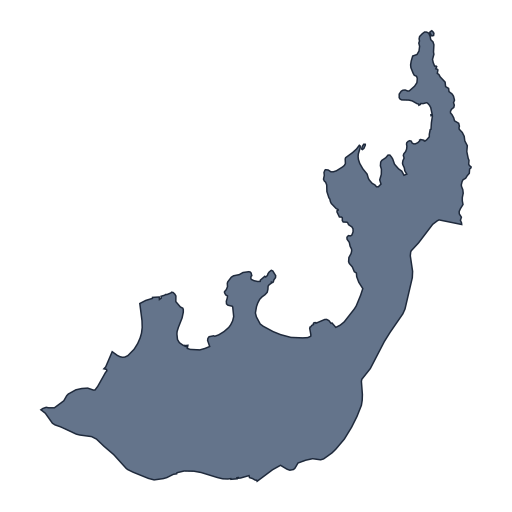 Woollahra, Australia
{"feature_id": "25037944B50824863548632", "entity_name": "Woollahra", "entity_type": "district", "adm_level": 2, "iso_a3": "AUS", "parent_name": "Australia", "parent_adm1": "", "projection": "natural_earth1", "projection_center": [151.265, -33.862], "detail": "fine", "context": "isolated", "style": "filled", "palette": "slate", "viewbox_px": 512, "rotation_deg": 0, "n_neighbors": 0, "source": "geoboundaries", "source_scale": "gbopen_adm2", "svg_char_len": 6049}
<svg xmlns="http://www.w3.org/2000/svg" viewBox="0 0 512 512"><path d="M176.7,473.8L177.0,472.7L184.1,471.0L193.9,471.2L201.1,472.5L217.3,477.5L222.7,478.8L227.8,479.0L230.8,478.6L230.9,479.3L237.1,478.8L236.9,477.7L238.3,477.5L238.4,478.2L240.6,478.0L249.0,475.6L249.5,477.6L252.4,478.5L255.2,480.1L256.7,480.2L257.1,481.3L272.6,469.7L280.5,465.3L287.0,469.2L289.8,470.2L293.5,469.5L294.9,468.3L298.0,463.0L305.7,460.2L312.6,458.7L320.6,459.8L323.6,458.9L332.0,452.9L335.7,449.3L344.4,439.0L351.6,427.2L357.0,416.4L361.4,405.3L362.2,400.3L362.4,394.6L361.4,381.4L361.8,379.3L370.3,368.6L384.3,341.6L390.1,332.3L402.8,313.9L405.0,309.0L412.3,277.7L412.6,271.4L410.3,255.8L410.7,251.9L411.3,250.7L418.6,242.8L432.7,224.3L437.3,220.8L439.0,219.9L461.7,224.5L461.5,222.8L460.4,220.3L461.4,217.2L459.3,213.9L459.2,212.6L459.2,211.4L460.4,208.7L463.0,204.5L462.3,200.8L462.3,197.6L463.2,193.2L462.8,189.7L461.5,186.4L461.3,184.9L462.1,181.5L463.1,179.7L465.6,178.3L467.3,175.6L469.3,173.3L469.6,169.1L471.0,167.8L471.1,166.9L469.5,165.6L468.7,164.3L469.0,160.3L468.2,158.4L466.8,151.6L467.3,145.7L464.8,140.9L464.2,136.3L462.3,132.5L459.2,129.2L459.0,127.7L459.4,126.2L458.7,123.3L454.5,120.8L453.7,117.8L451.9,114.5L450.5,113.0L450.5,111.2L451.5,109.3L453.8,107.4L454.3,105.1L453.5,102.7L454.5,100.2L453.5,96.2L452.2,94.1L449.0,91.6L448.6,88.4L445.6,86.6L445.1,82.1L440.2,76.9L438.9,74.5L437.3,73.4L437.9,69.9L437.4,69.3L435.8,68.8L436.7,66.6L436.1,66.1L434.6,66.1L433.2,62.6L432.5,59.4L433.9,54.3L433.5,52.0L433.9,44.8L433.0,41.9L430.7,39.6L430.2,36.6L428.7,33.1L426.6,32.1L424.6,32.0L422.3,33.7L419.6,36.5L419.1,38.9L419.5,41.0L418.8,43.1L419.6,46.3L419.0,51.0L417.0,54.5L412.7,56.0L411.2,61.1L410.6,64.9L410.9,67.7L413.2,73.4L414.3,75.3L416.4,76.2L416.9,77.2L417.3,78.6L416.9,82.7L414.6,86.2L409.3,90.9L407.9,91.1L405.2,90.0L402.9,90.2L401.2,91.2L399.2,94.1L399.2,97.7L400.1,99.1L401.7,99.9L408.9,100.1L412.2,100.9L417.1,103.7L418.8,104.1L418.9,105.2L420.4,104.5L420.8,103.5L423.2,103.6L426.4,102.7L427.5,103.1L429.4,105.2L430.7,107.5L432.2,114.4L430.9,114.7L431.0,115.7L432.3,115.4L432.4,116.2L431.4,122.8L431.0,129.2L430.2,129.6L429.3,134.3L429.3,136.8L426.7,139.8L425.1,141.0L424.3,141.1L423.9,140.2L420.5,139.5L419.6,140.1L419.8,140.8L417.8,142.7L415.2,143.9L413.5,143.8L412.0,142.9L411.3,141.2L409.7,140.7L408.2,141.3L406.8,142.7L406.5,144.1L406.9,146.2L406.6,149.1L405.6,151.6L403.9,153.7L403.3,155.4L404.1,158.1L402.9,160.7L402.5,163.2L402.8,164.6L404.3,167.8L404.8,170.8L406.8,174.1L404.0,175.3L401.8,171.2L398.5,168.8L394.5,164.2L392.7,159.0L391.6,157.2L389.9,155.1L388.0,155.1L385.8,157.7L381.8,160.4L380.7,162.1L380.4,165.8L381.4,169.2L381.3,174.4L379.7,179.9L381.0,184.1L378.3,186.8L376.5,186.8L375.0,185.0L372.1,183.3L369.2,179.9L368.3,178.2L367.1,174.1L362.8,168.8L359.7,163.4L358.4,159.4L358.1,156.6L358.3,154.0L360.2,147.6L360.2,146.0L359.3,145.3L356.6,148.9L352.7,152.5L345.6,157.7L345.2,159.0L345.4,163.6L344.3,165.5L342.5,167.0L336.4,170.8L333.3,171.8L330.9,171.8L328.2,170.0L325.5,169.7L324.9,170.2L324.0,172.5L324.3,175.4L323.5,179.2L324.3,181.0L325.6,182.2L326.7,184.9L326.9,191.6L328.9,197.8L329.8,199.0L330.4,201.6L331.3,203.5L336.2,208.6L338.1,209.5L338.2,210.1L337.0,210.8L337.0,212.0L339.4,217.0L341.6,217.1L342.3,217.8L342.3,220.6L343.2,222.0L347.0,222.2L347.7,222.8L348.6,224.7L351.9,226.9L353.0,228.8L353.1,231.7L351.9,235.0L350.6,235.9L348.5,235.6L347.3,236.7L346.9,237.7L347.1,239.3L349.3,242.4L350.1,246.2L351.5,249.0L351.7,250.8L351.1,253.5L348.9,257.5L348.6,261.7L349.3,263.5L352.3,266.9L354.3,271.7L356.4,273.0L356.7,276.7L358.8,282.3L362.8,288.6L360.6,295.3L356.2,306.0L354.3,309.0L344.2,321.9L340.3,325.1L335.8,327.4L332.0,323.0L331.1,323.4L328.9,320.6L326.6,319.4L324.7,319.5L316.0,323.2L315.7,322.6L314.1,322.7L313.4,323.4L313.5,324.5L311.8,325.4L310.6,327.0L310.1,327.0L309.7,328.3L310.9,335.0L310.7,336.3L307.8,337.6L302.7,337.9L290.9,337.4L280.5,334.6L273.1,331.6L263.1,326.2L260.2,324.0L256.4,316.9L255.4,313.0L256.5,306.6L257.8,302.9L259.7,299.3L262.1,296.8L265.0,294.7L267.2,292.3L267.9,289.4L268.1,286.1L269.1,284.8L271.3,283.2L271.4,282.1L272.6,282.6L273.3,281.9L273.9,279.8L275.5,277.7L275.7,275.7L272.8,271.0L271.3,270.3L269.1,272.1L268.0,273.7L267.4,275.5L265.7,277.0L264.8,276.3L260.4,280.1L260.2,281.4L257.7,281.5L254.0,280.7L251.3,279.4L250.9,278.6L250.9,277.0L251.1,276.2L251.8,275.7L251.1,273.0L250.2,272.0L248.8,271.7L243.0,272.5L239.3,274.6L233.5,275.8L231.3,277.2L227.8,281.8L227.3,283.3L227.5,286.7L226.3,289.6L224.5,291.7L224.5,292.6L225.7,294.9L227.5,295.9L227.3,297.9L226.3,301.3L226.5,303.9L227.9,305.2L232.2,306.2L232.7,306.9L233.7,316.6L232.6,321.0L230.7,324.8L228.8,327.4L224.0,331.6L218.8,334.8L214.8,336.3L213.7,335.8L209.1,336.7L207.9,338.4L207.6,340.4L209.7,346.5L204.8,348.5L199.8,349.9L190.1,349.4L187.3,348.4L187.9,345.3L186.8,345.4L186.5,346.7L186.1,346.5L186.3,345.8L185.0,345.4L184.9,346.1L182.5,344.9L179.4,342.7L177.5,339.6L176.9,334.0L177.1,331.5L178.4,327.3L182.1,317.9L183.3,312.2L183.3,309.5L182.8,308.2L180.3,306.9L175.8,301.6L175.9,296.0L174.8,294.1L173.1,292.5L171.6,292.2L171.0,292.9L166.8,294.6L165.9,294.4L164.4,295.3L161.0,296.3L161.3,298.1L159.4,299.5L159.2,297.0L152.5,297.4L152.4,298.4L145.8,300.4L139.8,303.5L142.0,320.7L142.2,327.6L141.5,333.2L140.1,338.0L137.7,343.5L135.1,347.7L134.0,349.4L127.9,355.6L124.8,357.1L122.6,357.3L120.0,356.7L117.3,355.4L112.2,351.7L105.7,366.9L103.9,368.8L106.5,369.4L106.9,370.8L105.5,372.5L97.7,386.4L95.0,390.0L93.5,390.1L87.7,388.1L81.8,388.5L75.9,389.8L68.3,394.0L66.7,395.7L63.8,400.8L54.4,407.8L48.6,407.8L46.2,407.3L42.8,408.5L40.9,409.8L45.3,413.2L52.4,423.2L55.0,424.9L60.5,426.8L76.2,434.1L79.7,435.0L91.6,436.6L96.5,439.1L103.9,446.2L113.7,454.6L126.2,468.4L127.6,469.5L133.1,472.2L148.4,478.4L154.1,479.9L163.3,478.6L166.8,477.6L173.4,474.3L176.7,473.8ZM431.9,35.9L433.6,35.5L433.9,33.3L433.3,32.2L431.8,30.7L430.1,31.8L429.8,32.5L431.4,35.7L431.9,35.9ZM362.4,149.6L363.9,148.4L365.3,145.2L365.3,144.3L363.8,144.2L362.3,146.4L361.6,149.0L362.4,149.6Z" fill="#64748b" stroke="#1e293b" stroke-width="1.5"/></svg>